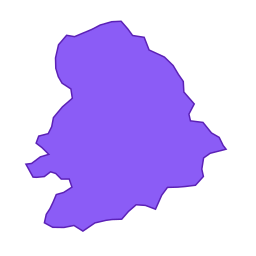 the district of Muju-gun, North Jeolla, South Korea, rotated 274°
{"feature_id": "91817680B53198155341948", "entity_name": "Muju-gun", "entity_type": "district", "adm_level": 2, "iso_a3": "KOR", "parent_name": "South Korea", "parent_adm1": "North Jeolla", "projection": "natural_earth1", "projection_center": [127.7, 35.921], "detail": "fine", "context": "isolated", "style": "filled", "palette": "violet", "viewbox_px": 256, "rotation_deg": 274, "n_neighbors": 0, "source": "geoboundaries", "source_scale": "gbopen_adm2", "svg_char_len": 1039}
<svg xmlns="http://www.w3.org/2000/svg" viewBox="0 0 256 256"><g transform="rotate(274 128 128)"><path d="M216.2,60.3L206.2,52.9L192.8,50.8L182.5,51.8L174.3,54.9L168.1,59.1L163.0,68.3L153.8,70.4L144.5,61.1L133.2,52.9L124.0,51.8L116.8,48.8L113.7,39.5L106.5,37.4L102.4,43.6L96.2,50.8L93.1,42.6L85.9,34.3L84.8,28.7L72.4,36.7L72.4,40.0L73.7,47.9L78.9,53.8L77.6,59.1L72.4,65.0L73.0,72.9L65.1,76.2L59.2,68.3L56.6,61.1L48.7,58.4L42.1,55.8L36.2,52.5L27.6,51.2L23.7,59.8L24.3,71.0L27.0,80.9L22.0,90.2L31.0,101.6L34.4,112.6L35.6,118.5L36.6,128.1L44.8,134.3L52.0,141.5L52.0,150.8L48.9,161.1L63.3,166.3L71.5,171.5L72.5,181.8L73.5,188.4L73.6,189.0L75.6,199.3L84.9,206.6L92.1,204.5L103.4,205.5L108.5,211.7L113.7,227.3L117.1,224.2L125.0,219.6L128.9,211.6L138.8,202.4L139.5,189.8L146.1,187.8L156.6,192.4L167.8,181.2L178.3,179.9L184.9,174.6L193.4,168.7L201.3,159.4L207.3,143.6L219.6,137.8L220.6,126.1L226.8,120.9L234.0,113.7L232.9,104.4L228.8,93.1L223.7,84.8L219.6,76.6L215.4,68.3L216.2,60.3Z" fill="#8b5cf6" stroke="#5b21b6" stroke-width="1.5"/></g></svg>